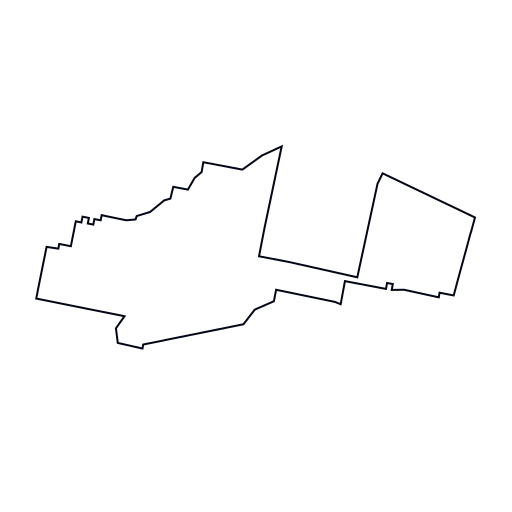 outline of Ware, Georgia, United States of America, rotated 281°
{"feature_id": "52423323B47497093243576", "entity_name": "Ware", "entity_type": "district", "adm_level": 2, "iso_a3": "USA", "parent_name": "United States of America", "parent_adm1": "Georgia", "projection": "mercator", "projection_center": [-82.412, 31.019], "detail": "fine", "context": "isolated", "style": "outline", "palette": "ink", "viewbox_px": 512, "rotation_deg": 281, "n_neighbors": 0, "source": "geoboundaries", "source_scale": "gbopen_adm2", "svg_char_len": 930}
<svg xmlns="http://www.w3.org/2000/svg" viewBox="0 0 512 512"><g transform="rotate(281 256 256)"><path d="M255.0,457.6L272.4,458.8L307.0,461.4L318.5,462.2L321.8,462.6L335.6,463.6L361.3,364.5L357.9,363.6L350.1,361.5L254.4,359.5L256.4,289.7L256.3,259.0L285.2,259.0L368.5,260.3L355.9,242.8L338.2,226.1L338.0,186.4L328.0,186.6L321.0,180.9L308.2,176.5L308.1,161.6L296.0,161.0L293.1,155.3L279.0,143.6L272.5,131.3L268.9,130.8L266.3,121.8L266.6,96.7L261.4,96.7L261.4,90.3L255.8,90.3L255.8,84.7L261.5,84.7L261.5,78.2L255.6,78.2L255.7,72.5L230.3,72.4L230.3,60.5L225.5,60.6L225.0,48.7L184.4,48.4L172.3,48.4L172.0,97.2L171.8,138.4L158.3,132.3L144.3,136.9L143.5,162.2L147.6,162.2L155.1,180.5L157.2,185.4L186.6,256.7L203.1,265.0L215.0,282.2L226.7,282.2L226.0,342.3L224.8,348.3L248.3,348.1L248.5,389.9L254.5,389.8L254.6,395.6L248.6,395.7L251.1,407.7L250.3,443.3L255.0,443.2L255.0,457.6Z" fill="none" stroke="#020617" stroke-width="2"/></g></svg>